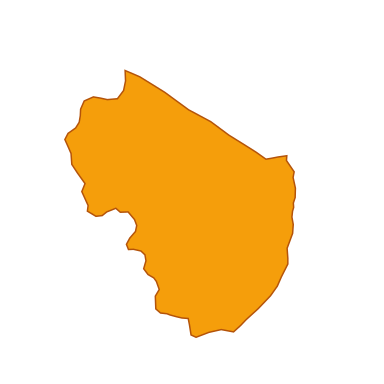 Bjurholm, Västerbotten, Sweden (orthographic projection), rotated 54°
{"feature_id": "70781695B45286900623809", "entity_name": "Bjurholm", "entity_type": "district", "adm_level": 2, "iso_a3": "SWE", "parent_name": "Sweden", "parent_adm1": "Västerbotten", "projection": "orthographic", "projection_center": [18.977, 63.981], "detail": "fine", "context": "isolated", "style": "filled", "palette": "amber", "viewbox_px": 384, "rotation_deg": 54, "n_neighbors": 0, "source": "geoboundaries", "source_scale": "gbopen_adm2", "svg_char_len": 1239}
<svg xmlns="http://www.w3.org/2000/svg" viewBox="0 0 384 384"><g transform="rotate(54 192 192)"><path d="M54.4,174.7L63.1,180.5L69.7,187.7L72.7,197.5L67.5,206.2L62.3,210.8L57.1,215.9L55.0,225.7L59.5,233.4L64.7,237.6L69.3,242.3L71.8,248.5L71.7,257.8L74.8,264.0L82.5,265.6L89.7,267.2L99.0,273.0L109.3,273.5L122.3,273.6L126.9,280.9L141.9,284.0L146.0,287.9L155.2,284.0L158.3,278.5L158.0,272.7L160.4,263.2L166.2,261.9L170.6,255.4L180.5,254.7L186.6,256.4L190.7,260.9L192.7,269.4L195.8,275.8L201.2,277.2L203.9,273.1L209.7,268.0L215.2,267.0L220.6,269.7L225.7,276.2L232.9,276.1L239.0,273.4L243.4,273.4L251.6,275.8L254.7,282.9L265.3,290.0L271.4,288.6L275.8,283.8L278.5,282.1L283.6,278.0L288.0,274.2L292.1,269.4L297.9,272.1L307.1,276.8L311.9,274.1L315.5,260.8L320.5,249.2L327.6,242.5L329.6,240.6L328.5,230.8L327.1,223.3L325.3,207.1L322.1,189.5L318.3,178.3L313.2,169.6L306.6,156.8L301.9,153.4L301.4,153.1L293.4,148.1L284.6,134.9L277.8,129.2L271.0,125.9L266.6,121.9L264.2,118.8L260.5,116.5L257.1,111.8L249.7,106.1L239.7,101.7L235.7,97.5L222.1,97.1L218.4,94.0L214.2,101.9L211.5,107.7L208.9,112.9L197.9,116.6L187.3,120.8L167.8,128.7L146.1,135.5L123.6,146.4L95.2,155.5L68.2,166.5L54.4,174.7Z" fill="#f59e0b" stroke="#b45309" stroke-width="1.5"/></g></svg>